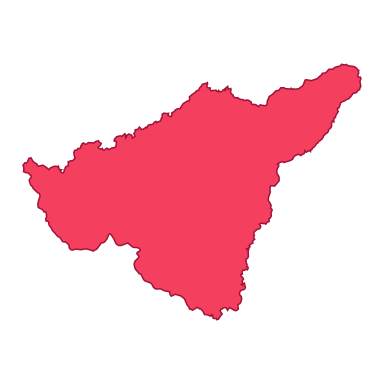 Monte Alegre de Goiás, Goiás, Brazil
{"feature_id": "56859067B90093071005547", "entity_name": "Monte Alegre de Goiás", "entity_type": "district", "adm_level": 2, "iso_a3": "BRA", "parent_name": "Brazil", "parent_adm1": "Goiás", "projection": "natural_earth1", "projection_center": [-46.903, -13.311], "detail": "fine", "context": "isolated", "style": "filled", "palette": "rose", "viewbox_px": 384, "rotation_deg": 0, "n_neighbors": 0, "source": "geoboundaries", "source_scale": "gbopen_adm2", "svg_char_len": 5928}
<svg xmlns="http://www.w3.org/2000/svg" viewBox="0 0 384 384"><path d="M23.5,171.6L25.8,172.7L28.3,172.9L31.3,176.2L31.3,177.4L29.6,179.1L29.2,180.5L30.7,185.1L32.8,187.1L33.1,188.4L37.9,192.9L39.1,193.3L39.7,194.4L40.1,195.9L38.6,200.4L37.8,204.4L38.3,207.5L42.8,209.8L43.9,211.9L46.1,212.1L46.6,216.8L45.6,219.3L46.1,221.0L47.7,221.2L48.5,221.8L49.1,225.2L51.2,228.0L52.3,230.2L58.0,236.7L59.4,237.1L60.7,238.5L62.3,241.3L63.6,241.9L65.8,242.1L68.2,244.2L69.1,245.5L69.1,247.4L69.7,248.6L70.7,249.6L72.0,250.1L76.6,249.0L79.5,249.6L81.9,249.7L83.4,249.1L86.7,249.0L91.6,250.3L93.0,251.1L97.0,248.9L101.4,242.8L102.9,242.8L104.5,242.0L106.8,239.2L108.8,234.6L109.8,233.8L111.2,234.8L114.1,239.2L115.4,242.5L116.3,243.9L118.4,245.5L121.0,245.5L127.8,243.0L132.2,246.7L133.6,247.4L138.1,247.7L140.3,249.5L139.8,251.1L137.4,252.2L136.8,253.5L139.1,256.7L138.4,257.8L135.0,261.2L134.3,263.0L134.2,265.1L135.3,269.0L139.3,273.8L140.9,274.1L143.4,279.2L144.6,280.7L150.7,283.0L151.8,284.1L153.4,287.2L155.5,289.0L160.6,288.8L163.8,290.6L169.6,291.8L170.0,294.5L171.2,296.2L175.4,294.3L181.0,296.0L184.5,298.9L187.2,305.1L188.9,306.9L189.5,309.1L191.1,309.2L192.4,310.3L197.5,307.3L199.3,308.8L201.0,309.1L202.9,311.3L204.5,314.6L206.6,314.6L211.0,316.3L211.5,314.5L212.7,315.1L213.1,318.2L214.4,318.6L216.4,318.5L216.9,319.7L218.5,319.1L220.0,316.6L222.2,314.0L220.0,310.8L220.9,309.4L221.9,309.2L223.0,308.1L224.6,307.6L226.2,307.8L227.6,310.3L228.6,308.5L230.1,307.8L234.6,310.5L236.5,310.6L238.3,309.0L237.8,304.9L239.9,303.6L240.9,302.1L241.7,298.6L241.2,296.3L239.7,294.8L239.5,292.4L241.6,289.9L243.3,289.8L244.6,289.0L245.4,287.6L244.4,283.1L242.5,283.8L242.2,281.0L243.5,279.2L242.7,277.5L241.1,276.2L241.0,274.3L242.4,274.1L242.0,271.5L243.0,270.3L244.7,270.3L246.2,269.2L247.4,269.8L248.1,268.5L248.0,267.1L246.7,266.7L247.1,264.7L246.1,262.4L246.2,259.0L247.7,258.1L248.4,256.4L248.1,250.5L246.5,248.9L247.8,248.4L248.7,249.4L249.0,247.7L250.0,246.8L249.1,245.5L251.7,243.5L252.8,243.3L252.7,241.5L253.4,240.2L254.7,239.4L253.7,237.4L254.4,235.1L253.8,233.9L254.0,232.4L254.9,231.2L257.1,229.4L259.9,228.6L260.8,226.2L259.2,224.1L262.1,223.0L263.1,223.7L264.5,223.3L265.7,224.2L267.5,221.9L269.1,221.6L269.2,220.2L268.8,218.9L270.3,217.9L271.2,216.2L271.3,214.7L270.9,212.9L271.6,211.9L272.1,209.5L270.6,208.4L271.1,205.3L269.7,202.4L268.3,200.7L268.4,197.8L270.4,191.6L269.9,190.3L270.3,186.4L271.4,185.7L274.7,186.1L279.1,180.8L279.1,177.2L278.2,175.2L277.0,173.8L276.8,170.5L277.5,168.3L278.7,166.3L278.6,164.5L277.5,164.1L279.8,162.5L282.9,161.5L283.8,162.5L290.2,160.6L292.6,159.3L293.7,157.0L295.1,155.7L297.5,154.4L299.9,154.9L300.9,155.6L302.0,154.6L304.4,153.4L305.0,150.6L306.3,152.2L309.4,150.5L310.5,151.5L310.6,150.2L311.9,149.5L312.5,148.1L314.4,146.8L316.7,143.6L318.0,142.8L318.8,141.3L320.2,140.6L321.8,139.2L323.0,137.5L323.7,135.8L326.0,133.5L327.2,133.0L328.3,131.5L328.7,129.7L331.1,127.5L331.6,126.1L331.6,123.2L332.4,121.1L333.9,121.9L333.8,120.2L334.0,118.2L335.4,117.5L336.0,115.1L338.3,111.4L337.4,110.1L337.6,108.3L338.7,108.1L339.4,106.9L340.6,102.9L341.7,102.0L345.0,100.7L346.2,99.7L349.3,98.5L349.9,97.2L351.0,96.5L353.0,93.4L356.3,92.7L358.1,90.3L359.6,89.7L359.9,88.0L360.8,86.3L359.9,81.2L361.0,78.7L360.2,77.0L358.9,77.2L357.8,76.4L358.0,74.7L358.7,73.2L358.5,71.6L358.8,70.3L357.7,69.9L356.6,68.2L354.6,66.8L353.4,66.4L348.0,65.8L346.5,64.4L345.0,65.0L341.5,64.3L340.4,65.9L335.0,67.3L332.7,69.2L328.8,69.3L325.7,72.9L322.2,73.3L321.7,74.6L318.4,77.4L317.6,78.5L311.5,80.6L306.1,79.7L305.1,80.1L303.0,85.5L298.9,88.6L295.4,89.3L294.0,88.8L292.7,89.5L291.1,88.2L289.9,89.1L284.9,88.5L284.1,87.7L280.7,87.8L278.9,90.3L275.9,90.8L272.5,94.3L269.1,96.6L268.5,98.7L267.5,100.2L267.0,104.0L266.4,105.3L265.0,105.7L260.0,104.9L258.5,106.7L256.2,104.9L254.3,104.3L252.7,104.6L251.6,103.8L251.1,101.9L248.1,100.1L246.1,100.0L244.8,100.7L242.9,99.6L240.9,99.5L238.9,98.7L237.9,97.7L234.5,97.6L233.4,96.4L233.1,95.0L230.9,93.4L230.6,91.7L231.0,90.0L230.8,88.5L228.3,89.3L227.7,86.4L225.1,88.6L226.0,89.5L225.1,90.6L223.9,89.5L222.8,90.2L221.9,91.5L220.8,91.8L219.5,91.5L218.5,90.4L217.9,91.8L216.6,91.2L216.1,90.2L210.9,90.7L210.1,89.7L210.1,87.9L208.3,87.9L207.2,87.1L206.8,85.9L207.6,83.8L207.4,82.6L206.0,83.5L204.3,83.6L202.3,84.4L200.8,86.7L199.2,88.4L199.0,90.0L196.4,90.9L195.0,92.6L192.4,94.3L189.3,96.9L189.7,98.7L189.0,101.1L187.5,100.9L183.2,103.6L180.9,107.1L180.4,108.5L176.9,109.0L174.9,110.3L174.4,111.6L172.4,112.4L171.6,113.2L172.0,114.9L170.9,116.7L168.1,115.7L168.6,113.3L167.0,113.6L164.0,113.1L162.2,114.2L162.1,117.6L161.2,118.2L161.1,119.6L160.1,121.2L158.4,121.6L156.8,122.7L156.0,121.4L154.2,122.3L153.4,123.7L151.4,124.7L149.6,124.6L148.5,125.0L147.1,126.7L146.8,127.9L145.6,127.3L144.4,128.6L141.6,129.7L140.5,128.1L139.3,127.1L138.1,129.2L135.1,129.9L135.4,131.3L133.8,133.6L135.1,136.2L132.4,138.1L131.8,135.2L128.9,134.0L127.3,135.1L125.7,137.9L125.3,136.2L125.7,134.8L124.8,133.7L121.7,136.4L120.3,135.8L116.6,136.7L114.3,139.4L114.3,141.2L115.9,141.0L116.4,142.9L115.9,146.2L115.1,147.4L111.5,148.1L108.9,149.8L107.7,148.4L106.3,148.3L104.4,150.1L103.1,150.0L102.3,148.4L101.4,149.1L99.7,148.7L98.1,147.7L98.7,146.6L100.4,145.3L101.3,143.5L99.0,141.9L98.4,140.7L95.4,141.6L93.9,142.9L88.3,142.6L86.7,144.1L85.0,144.1L83.6,143.0L82.1,143.6L82.1,145.0L81.0,145.4L80.8,147.7L79.1,148.5L78.0,148.4L77.1,149.9L74.6,150.4L73.8,152.5L74.3,155.8L75.2,158.3L74.0,159.2L73.3,160.4L70.1,161.0L68.2,161.8L68.3,165.8L66.3,166.4L65.3,167.3L65.2,168.8L64.3,169.6L63.9,172.1L63.1,172.8L61.7,172.8L60.3,171.0L61.5,169.8L59.2,169.4L58.4,166.1L57.3,166.6L55.8,166.2L53.5,166.5L50.2,168.0L48.9,169.7L46.8,167.7L42.9,165.2L38.3,166.2L37.4,165.4L36.8,163.9L34.2,162.4L32.7,160.9L31.0,157.8L28.8,158.4L27.4,161.9L26.4,163.1L24.9,162.8L23.0,165.2L23.7,167.3L23.9,169.7L23.5,171.6ZM242.5,283.8L242.5,285.4L241.3,284.5L242.5,283.8Z" fill="#f43f5e" stroke="#9f1239" stroke-width="1.5"/></svg>